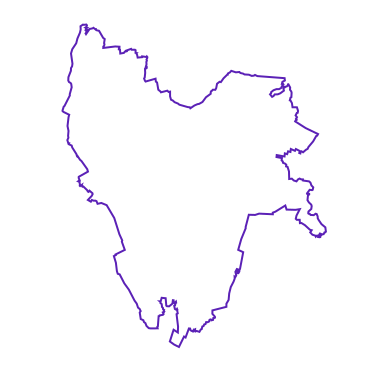 Beresti-Tazlau, Bacau, Romania, rotated 96°
{"feature_id": "2599482B13595150483809", "entity_name": "Beresti-Tazlau", "entity_type": "district", "adm_level": 2, "iso_a3": "ROU", "parent_name": "Romania", "parent_adm1": "Bacau", "projection": "natural_earth1", "projection_center": [26.669, 46.487], "detail": "fine", "context": "isolated", "style": "outline", "palette": "violet", "viewbox_px": 384, "rotation_deg": 96, "n_neighbors": 0, "source": "geoboundaries", "source_scale": "gbopen_adm2", "svg_char_len": 5896}
<svg xmlns="http://www.w3.org/2000/svg" viewBox="0 0 384 384"><g transform="rotate(96 192 192)"><path d="M153.4,321.4L156.7,320.0L156.5,319.3L157.4,319.4L158.4,316.5L160.2,315.8L166.3,311.0L168.4,310.1L168.7,309.8L168.3,309.5L171.7,306.7L172.7,305.2L180.2,298.6L182.6,297.6L188.7,306.2L189.8,306.2L192.3,304.9L192.6,305.7L193.3,305.2L193.5,305.7L193.7,305.1L196.0,304.3L197.5,304.3L197.8,303.9L196.5,302.4L196.9,302.5L197.3,301.8L197.7,302.0L198.1,301.6L197.7,301.2L198.0,300.5L201.2,296.4L202.4,295.7L202.7,294.9L201.4,294.1L203.6,290.9L204.5,290.6L206.3,291.3L210.8,294.7L212.2,291.6L210.4,290.8L210.9,289.1L210.7,287.2L211.1,286.0L213.6,284.7L212.4,281.0L214.0,275.5L226.0,266.6L241.6,259.8L247.5,256.3L248.7,256.6L256.6,252.8L262.1,261.5L262.7,261.2L263.9,263.0L270.3,260.3L278.6,258.4L281.1,257.3L281.5,255.3L289.9,249.8L295.7,244.6L306.0,237.8L308.8,235.3L312.6,233.6L313.7,231.9L315.8,230.6L317.3,231.4L323.7,229.7L324.6,227.0L326.3,226.2L327.3,224.6L329.9,223.3L331.9,220.8L332.0,219.1L331.2,211.9L329.7,212.4L329.1,211.9L319.0,212.2L318.8,211.5L318.1,211.3L317.2,208.1L316.4,207.5L314.9,208.4L314.5,207.4L314.0,207.2L313.9,207.8L312.2,207.4L311.6,208.5L310.3,208.8L309.5,209.8L306.7,210.4L305.7,211.8L304.6,211.8L304.1,212.6L304.0,211.7L300.4,211.1L300.4,207.1L307.7,205.7L308.2,205.0L308.1,202.8L305.1,199.8L301.6,199.7L301.6,199.0L304.7,198.6L303.9,198.4L303.3,197.0L302.7,196.5L303.8,196.2L304.7,197.6L305.2,196.9L306.5,197.0L307.1,197.8L310.1,196.8L310.6,195.8L310.6,195.2L309.8,194.7L310.7,194.2L311.6,194.3L314.2,193.5L315.1,194.6L327.3,191.8L333.2,191.4L330.9,195.9L343.0,198.4L345.6,193.8L347.5,188.8L336.6,184.8L337.4,183.2L328.0,180.8L328.0,179.6L329.5,179.1L330.2,178.0L330.0,177.2L330.6,176.7L330.6,176.2L328.6,175.7L328.7,175.2L328.3,174.6L329.9,174.6L330.4,174.1L329.7,172.9L330.3,170.0L327.8,168.9L327.3,168.0L324.7,167.7L324.1,166.5L322.4,166.0L322.0,164.8L319.9,164.3L319.9,162.9L319.0,161.5L317.3,161.2L316.8,160.4L317.0,159.0L317.5,159.0L317.0,157.7L315.1,157.6L314.8,156.2L314.4,156.0L313.6,156.2L311.0,159.0L307.6,159.3L302.6,145.8L299.5,146.1L295.5,144.3L288.9,144.4L282.5,143.5L276.8,141.3L273.7,140.5L271.6,140.8L272.0,140.0L270.4,139.3L266.9,140.5L263.9,139.3L264.2,137.9L266.3,138.4L268.0,138.1L267.9,137.4L266.1,136.6L265.4,136.8L263.3,136.2L246.5,134.8L244.7,140.0L233.7,138.1L222.4,134.8L221.3,135.0L208.7,133.1L208.2,126.8L206.5,123.0L205.7,109.3L204.1,109.5L202.9,107.1L195.7,97.8L199.6,96.1L198.9,87.1L197.8,83.0L204.5,85.6L207.8,86.0L208.7,84.9L208.4,82.0L211.7,81.4L211.4,79.9L213.2,76.2L217.2,70.8L217.5,69.0L219.8,70.2L221.9,67.8L222.5,64.8L223.5,64.2L222.3,63.2L222.2,62.1L222.3,61.7L223.6,61.8L223.6,61.5L222.7,61.3L223.6,60.2L223.4,59.7L221.8,59.5L221.6,60.0L221.4,59.3L220.9,59.7L220.7,60.8L219.9,60.4L220.5,58.4L220.2,56.7L218.3,56.0L218.2,55.2L217.4,54.7L213.2,55.7L210.4,59.9L206.6,63.1L205.0,64.2L203.1,64.5L200.9,65.7L200.7,66.8L202.3,68.5L202.4,71.7L201.5,72.6L201.4,73.8L200.9,74.2L199.2,74.1L196.4,71.6L193.5,71.5L192.1,72.1L190.1,74.7L188.0,76.3L183.2,76.3L182.2,75.2L181.6,75.3L181.8,77.3L181.4,77.5L177.5,75.2L177.6,72.8L177.2,72.2L174.7,71.9L173.0,73.9L170.3,75.2L169.2,76.7L169.0,82.4L168.9,83.0L167.9,83.0L168.0,84.8L167.4,86.4L168.4,87.9L170.5,89.2L169.9,92.0L168.3,94.1L168.9,96.7L161.4,97.7L157.0,99.6L156.7,101.1L155.0,101.1L154.1,102.3L153.4,104.6L152.1,104.9L151.2,106.2L148.9,106.1L148.4,111.6L146.4,111.6L147.0,103.7L143.9,103.7L144.4,101.3L141.5,100.7L141.9,98.3L138.9,98.2L140.3,93.9L138.4,93.2L140.0,89.0L142.0,89.4L142.3,88.3L141.0,88.2L140.1,87.3L140.9,85.7L138.1,83.1L137.0,81.5L135.1,80.9L129.0,76.8L123.3,74.3L122.9,73.4L121.2,72.7L116.6,85.5L111.0,96.8L109.7,96.3L109.4,95.5L108.8,95.5L108.2,96.2L106.6,95.4L105.0,97.0L102.4,96.0L102.2,95.2L100.3,95.0L96.8,96.5L97.2,100.9L93.2,101.9L90.7,103.6L90.6,104.3L87.9,103.9L87.3,103.1L82.9,103.3L81.6,103.8L80.1,105.2L77.8,105.3L74.8,107.4L74.9,107.8L76.1,108.0L77.1,108.8L77.5,109.9L78.2,110.6L77.7,111.3L77.9,111.7L79.7,111.8L81.6,111.2L84.6,114.5L85.9,116.9L86.3,119.9L88.1,121.0L89.0,122.3L86.7,124.6L85.6,123.7L84.4,123.7L82.3,121.6L80.9,118.8L80.6,116.2L79.0,113.9L77.7,113.8L75.5,112.3L74.8,112.9L75.0,113.9L73.0,113.6L71.4,111.3L69.1,111.8L69.9,139.1L69.0,141.6L69.8,142.6L70.3,144.7L69.4,147.6L69.6,152.1L68.9,153.6L68.6,156.3L67.7,157.4L68.4,160.9L67.4,165.6L69.1,166.8L70.4,168.7L71.5,168.7L71.6,169.2L75.6,172.5L79.7,174.8L79.5,176.1L81.7,178.4L86.2,178.8L87.9,179.5L88.1,182.0L89.3,182.8L89.5,183.3L90.5,183.8L92.4,183.7L96.3,188.0L101.4,191.0L103.6,194.1L104.1,195.8L105.7,198.6L108.9,202.4L108.0,203.0L108.0,205.1L106.5,213.7L105.5,215.2L104.5,218.7L103.0,220.7L102.4,222.5L99.2,223.8L94.5,224.3L95.0,225.7L93.8,227.1L96.1,233.3L95.4,233.8L93.8,236.2L86.7,238.2L86.0,239.5L83.1,240.1L87.0,249.7L86.3,250.4L84.1,251.5L83.1,251.0L78.5,251.0L74.5,251.6L73.6,250.1L72.9,250.0L72.4,250.1L72.7,251.1L69.8,250.6L67.4,251.0L66.1,250.6L65.1,251.1L63.3,250.5L62.5,250.5L61.9,251.1L62.5,251.4L62.3,255.7L63.1,255.6L64.0,260.1L61.4,260.9L60.0,261.8L59.6,261.5L59.5,262.7L56.9,262.9L56.5,263.6L56.8,266.9L56.0,267.5L58.3,272.3L58.9,271.8L59.6,273.6L60.8,274.3L61.8,277.8L58.0,278.5L57.8,279.7L56.8,279.7L56.8,279.2L55.1,279.3L55.3,283.6L58.0,295.3L56.6,295.4L55.7,294.7L54.2,294.5L53.2,295.0L49.0,294.8L48.0,296.5L41.4,301.3L41.1,303.8L40.7,304.6L40.0,304.7L40.1,305.4L39.0,307.2L39.6,307.9L40.6,310.9L46.1,313.9L45.4,314.4L44.7,313.8L43.9,314.0L41.7,313.2L41.9,314.7L40.2,314.4L39.7,313.7L39.5,315.1L38.7,314.2L37.2,313.9L36.5,314.6L37.1,317.3L36.9,317.9L38.8,320.2L41.9,319.7L45.3,320.1L51.4,322.0L56.2,322.7L62.5,326.0L66.9,326.8L76.9,324.3L79.5,324.4L81.5,325.3L84.1,325.1L90.7,326.9L94.1,326.7L95.5,325.8L96.3,324.1L97.2,323.4L100.4,322.6L107.5,323.8L108.8,323.6L119.8,327.8L120.5,328.5L124.5,329.3L125.2,329.1L125.9,327.9L128.0,322.2L130.5,322.6L139.4,322.7L144.2,321.2L149.1,321.1L151.0,320.6L153.4,321.4Z" fill="none" stroke="#5b21b6" stroke-width="2"/></g></svg>